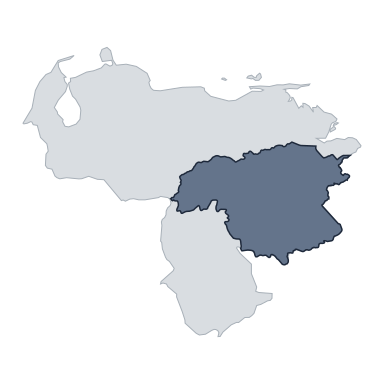 where Bolívar sits in Venezuela
{"feature_id": "VEN-39", "entity_name": "Bolívar", "entity_type": "State", "adm_level": 1, "iso_a3": "VEN", "parent_name": "Venezuela", "parent_adm1": "", "projection": "mercator", "projection_center": [-63.762, 6.004], "detail": "fine", "context": "in_parent", "style": "filled", "palette": "slate", "viewbox_px": 384, "rotation_deg": 0, "n_neighbors": 0, "source": "natural_earth", "source_scale": "10m", "svg_char_len": 9634}
<svg xmlns="http://www.w3.org/2000/svg" viewBox="0 0 384 384"><path d="M356.3,139.5L361.0,145.7L360.5,147.1L357.6,148.5L355.9,152.0L352.3,153.5L347.3,157.7L343.9,158.1L338.8,165.1L341.6,170.5L340.9,173.3L342.2,174.6L348.1,174.8L348.7,176.2L348.0,178.5L346.9,179.9L338.8,184.4L335.0,183.9L333.3,185.3L328.2,186.2L326.7,188.9L328.0,192.5L328.6,198.3L322.0,205.2L338.2,223.7L340.0,224.7L341.7,228.9L341.1,231.5L338.2,234.4L334.1,236.6L331.7,240.4L329.2,241.2L324.8,240.9L322.6,243.0L319.8,243.8L318.0,246.6L303.0,251.4L296.6,249.9L289.0,253.4L287.7,262.0L285.4,264.0L282.6,264.0L273.4,255.2L268.7,256.5L265.6,255.3L256.4,255.6L252.1,250.6L242.5,250.3L238.9,247.0L237.2,246.9L236.5,248.0L240.2,253.5L251.4,264.1L251.4,273.7L256.7,287.0L255.7,291.3L258.8,292.5L272.1,293.5L272.0,298.3L270.3,300.4L267.6,300.8L260.8,304.4L256.7,305.5L254.0,313.3L251.8,315.6L249.3,317.4L244.8,317.5L238.6,322.5L236.5,322.4L231.3,324.8L222.9,332.1L220.1,336.5L218.0,336.6L218.9,332.7L217.8,330.6L215.8,329.5L214.0,329.4L211.7,330.4L205.5,334.2L199.4,335.0L196.2,333.3L185.1,323.2L184.9,319.9L182.3,311.8L176.6,296.9L176.7,294.1L167.8,286.6L166.5,284.0L162.9,283.0L160.5,284.0L161.1,281.5L173.2,270.8L174.2,268.4L169.5,261.5L166.9,259.6L165.5,257.2L162.4,248.9L161.7,242.4L160.6,241.1L161.9,225.5L161.4,222.0L162.3,219.4L164.6,217.6L166.0,214.8L166.2,211.0L167.6,207.9L170.2,205.5L171.0,203.1L170.0,199.2L167.8,197.6L160.5,196.4L158.5,197.6L145.2,199.8L138.6,199.8L133.6,198.7L129.8,199.1L125.4,201.2L123.1,200.0L121.4,200.6L103.9,179.7L97.4,179.3L88.7,176.3L81.8,178.7L78.9,178.9L66.6,177.7L59.8,178.8L57.0,177.7L55.0,176.1L52.0,169.2L47.3,168.1L45.4,165.4L46.0,154.2L48.2,151.2L47.4,146.1L46.8,143.7L40.5,137.5L37.3,125.4L33.2,124.7L32.0,122.1L30.7,121.6L27.4,123.2L23.8,123.9L23.0,123.2L32.0,108.2L35.4,90.4L39.9,81.6L46.0,74.5L50.9,72.4L58.2,60.5L74.1,55.5L69.9,59.1L60.4,61.5L58.2,62.9L58.5,66.9L61.3,72.6L66.1,77.1L63.9,77.6L64.9,81.6L67.2,84.4L67.3,86.1L65.5,91.6L58.3,100.1L54.3,107.5L57.3,111.9L57.7,114.1L63.1,119.6L62.6,121.8L65.0,126.3L68.7,126.9L76.1,124.1L80.0,119.3L80.8,110.3L80.1,107.0L75.6,99.2L72.5,96.1L69.8,89.3L68.5,83.1L70.6,81.6L70.4,78.3L75.5,77.4L86.6,72.1L93.5,70.8L101.3,67.9L104.7,64.2L105.9,63.9L109.9,66.1L112.0,65.4L112.8,63.6L111.6,60.3L102.3,61.5L99.9,54.9L102.0,49.4L107.0,47.4L110.6,50.6L113.0,60.2L116.3,65.2L126.2,64.2L136.3,66.4L147.1,73.3L150.2,80.5L148.9,82.3L149.6,85.3L151.2,88.4L153.5,90.3L160.2,90.8L182.3,87.3L200.8,86.8L204.3,88.2L204.7,90.8L210.7,96.3L228.7,101.0L235.7,100.3L252.2,91.2L261.0,91.4L263.6,90.0L260.3,88.7L252.9,88.1L250.7,89.1L249.4,86.7L260.0,86.0L269.5,86.5L277.1,84.8L283.2,84.9L289.3,83.8L300.8,85.1L309.8,84.0L308.8,85.5L301.0,86.7L297.3,88.9L289.5,88.5L284.0,89.3L285.8,90.0L285.8,92.2L287.3,92.7L289.7,95.5L290.3,97.8L288.3,101.4L290.6,101.0L291.8,99.9L291.8,97.3L293.1,97.7L298.8,108.3L301.3,105.8L303.0,107.3L302.9,103.3L304.9,103.5L309.1,106.1L313.4,112.2L312.7,107.5L316.2,107.5L317.1,105.5L324.1,112.1L331.5,114.1L337.0,119.0L335.8,121.5L332.5,122.7L331.2,124.2L328.7,132.1L325.6,138.2L316.3,138.3L324.2,143.0L327.0,141.1L330.9,140.9L336.8,138.4L344.7,139.6L348.3,137.5L352.6,137.8L356.3,139.5ZM260.6,74.1L261.4,77.4L258.9,80.3L255.5,80.4L252.9,78.5L251.4,78.9L246.8,77.9L248.2,76.1L251.6,75.2L254.1,77.3L256.2,77.4L256.7,75.7L259.6,73.2L260.6,74.1ZM335.2,129.4L330.3,132.0L330.1,129.5L333.9,126.4L335.6,128.2L335.2,129.4ZM226.6,79.8L225.3,80.4L221.6,79.0L222.4,78.1L224.4,78.1L226.6,79.8ZM336.3,124.6L333.3,125.5L334.1,123.6L337.2,122.6L338.4,123.0L336.3,124.6Z" fill="#d9dde1" stroke="#a8b0b8" stroke-width="1"/><path d="M350.1,155.4L348.2,156.8L348.0,157.4L347.4,157.8L346.3,157.9L344.2,157.9L343.6,158.1L343.3,158.4L342.8,159.4L342.1,160.3L342.2,161.2L341.8,161.9L341.8,162.3L341.7,162.6L341.5,162.8L341.1,162.7L341.0,162.8L340.0,164.3L338.9,164.7L338.5,165.3L338.7,166.1L339.3,167.2L339.9,167.4L340.3,167.6L340.4,167.8L340.3,168.3L340.4,168.5L341.1,168.9L341.7,170.3L341.7,170.9L341.0,171.6L340.7,172.3L340.7,173.0L341.1,173.8L343.1,175.4L343.4,175.4L344.0,174.4L344.4,174.0L344.9,173.8L345.5,173.8L346.4,174.3L347.5,174.2L349.3,175.5L349.5,175.9L349.5,176.3L349.2,177.2L348.9,177.6L347.8,178.4L347.6,178.9L347.3,180.1L346.9,179.9L346.2,180.0L343.1,182.0L340.8,182.6L340.4,183.0L339.3,184.4L338.7,184.6L338.4,184.5L337.5,183.9L336.9,183.7L335.8,183.9L335.5,183.8L335.0,183.4L334.1,183.2L334.0,183.3L334.0,183.6L334.3,183.9L334.3,184.4L333.4,185.3L332.9,185.4L331.8,185.2L331.3,185.6L330.3,185.4L330.0,185.8L329.0,185.6L328.5,185.7L327.5,186.9L327.0,187.8L326.7,188.7L326.5,189.6L326.6,190.1L327.5,190.9L328.0,192.0L328.3,192.6L328.3,193.0L327.9,193.9L327.8,195.1L328.1,196.3L328.6,196.6L328.9,197.1L328.8,199.0L327.8,199.1L327.4,199.4L326.9,200.4L326.6,200.5L325.4,200.8L325.1,201.0L324.5,202.2L323.3,204.0L322.1,204.8L321.9,205.1L322.3,206.1L338.3,223.7L339.0,223.8L339.7,224.1L340.2,224.5L341.8,228.9L342.0,230.0L341.5,231.3L339.8,233.3L338.8,234.2L337.7,234.9L335.3,236.0L334.4,236.1L334.2,236.3L333.5,237.9L333.1,239.5L332.4,240.4L331.5,240.8L329.4,241.1L327.6,241.5L325.8,240.9L324.4,240.7L323.9,240.8L323.7,241.1L324.4,242.1L324.5,242.6L324.1,243.0L323.5,243.2L322.3,243.4L320.3,243.3L319.3,243.8L318.9,244.4L318.7,246.4L318.6,246.7L318.3,247.2L317.6,247.6L316.8,247.5L315.8,247.8L314.8,247.5L313.4,247.5L312.3,248.0L311.0,249.4L310.1,249.9L309.1,250.2L308.5,250.2L307.1,249.7L305.9,249.8L304.0,251.2L303.0,251.6L302.0,251.4L297.2,249.5L296.1,249.2L295.3,249.4L295.1,250.0L294.7,250.3L293.4,250.7L293.2,251.0L293.1,251.9L292.8,252.9L292.1,253.1L290.1,252.7L288.2,253.0L287.7,253.3L287.6,253.7L287.7,254.7L287.1,256.3L287.2,257.0L287.6,257.6L287.7,258.3L288.1,259.2L288.3,260.3L288.3,261.3L288.1,262.3L287.2,263.7L286.9,263.9L286.3,263.9L285.1,264.7L284.6,264.8L283.6,264.7L283.1,264.6L281.9,263.9L281.2,262.9L278.6,259.8L277.0,258.7L275.6,256.7L274.7,255.8L273.1,254.9L272.1,254.5L271.2,254.6L270.7,255.3L270.5,256.3L270.1,257.1L269.1,257.5L268.0,256.9L266.3,255.4L265.1,255.2L263.2,255.6L262.6,255.6L261.1,255.1L260.0,255.1L259.0,255.6L257.0,256.8L255.9,256.8L255.3,256.0L254.9,255.0L254.5,253.2L253.8,251.6L253.2,251.1L252.6,250.7L250.9,250.3L247.8,250.0L242.2,250.8L241.7,250.7L240.7,248.6L241.2,246.6L241.2,245.6L241.0,244.7L240.7,241.4L240.4,240.3L240.2,239.8L239.9,239.4L239.4,239.1L238.5,239.0L236.2,238.9L233.4,238.2L229.8,233.8L229.1,232.3L228.2,230.9L227.3,228.8L226.4,225.2L225.3,224.0L224.9,223.1L224.7,222.5L225.1,221.8L225.7,221.6L227.3,221.6L227.9,221.4L228.6,220.9L229.0,219.9L228.9,219.3L227.5,218.2L227.3,217.9L227.5,217.5L228.3,216.9L228.6,216.2L228.5,215.6L228.3,215.3L225.9,213.4L225.6,213.0L225.3,212.2L225.3,211.8L226.3,210.7L226.4,210.1L226.3,209.8L226.0,209.5L225.3,209.4L221.0,209.3L220.1,209.6L219.3,210.4L218.5,211.3L218.1,211.5L217.4,211.5L216.9,211.2L216.7,210.8L216.0,209.0L216.0,207.3L216.2,206.0L216.7,205.1L217.4,201.7L217.4,201.0L217.2,200.6L216.6,200.2L216.1,200.0L212.9,200.1L212.4,200.3L211.3,200.9L210.5,202.8L207.8,207.4L207.5,208.5L207.1,208.8L206.3,209.2L203.9,209.1L203.5,209.2L202.1,210.2L201.3,210.5L200.9,210.4L200.6,210.2L200.1,209.2L199.5,206.5L199.0,205.8L198.8,205.6L198.4,205.6L195.3,208.2L193.6,209.9L193.1,210.1L189.6,211.2L186.5,211.4L184.9,211.9L182.7,213.1L182.0,213.3L181.4,213.2L181.1,212.9L180.6,211.4L180.1,210.9L179.7,210.7L179.1,210.8L177.7,211.1L177.1,211.0L176.9,210.6L176.8,210.1L176.9,209.2L178.3,205.9L178.4,205.3L178.3,203.4L177.9,201.8L177.5,201.2L177.1,200.9L175.5,200.9L174.8,200.8L174.0,200.2L173.7,200.0L172.9,200.6L172.4,200.7L171.9,200.4L171.4,199.4L170.6,198.8L171.1,198.4L171.7,197.7L172.0,197.5L173.1,197.6L173.6,197.3L173.9,196.8L174.9,194.6L175.9,194.2L176.6,193.5L177.7,192.9L178.5,192.2L178.7,191.7L178.3,190.4L178.8,187.7L179.4,186.1L179.8,185.5L180.7,184.7L180.9,184.0L180.9,183.0L180.8,182.5L180.4,182.3L181.1,180.8L181.1,180.2L180.4,179.1L180.0,178.0L179.7,176.9L180.1,176.2L182.1,174.6L183.2,174.5L183.7,174.3L184.6,173.5L185.8,173.1L187.1,172.0L187.7,171.8L188.9,171.6L189.7,171.0L190.1,170.8L191.1,170.7L191.6,170.4L192.1,170.0L193.6,167.8L194.0,166.8L194.9,165.9L196.3,163.5L197.7,162.5L198.4,162.2L199.0,162.2L201.1,162.6L201.6,162.4L202.6,161.8L203.7,161.3L204.9,161.4L207.4,161.7L208.0,161.7L208.5,161.5L211.1,159.5L212.3,157.9L212.7,157.4L215.7,155.9L217.0,155.7L218.4,155.9L220.1,156.7L220.8,156.9L224.3,156.5L225.0,156.5L227.1,157.3L228.6,157.4L229.3,157.6L230.7,158.3L232.0,159.2L233.5,160.5L234.2,160.8L235.1,161.8L235.5,162.0L236.0,161.9L236.4,161.8L237.9,160.9L239.3,160.3L241.0,159.1L241.4,159.1L243.1,159.3L243.8,159.1L244.5,158.7L244.9,158.1L244.9,157.3L244.4,156.8L243.3,156.0L243.1,155.3L243.5,153.8L243.8,153.5L244.2,153.4L245.7,153.6L248.1,153.2L248.4,153.0L248.6,152.7L249.1,151.7L249.8,151.3L250.6,151.3L251.1,151.6L252.7,153.1L253.3,153.5L253.4,154.0L253.8,154.2L254.2,154.2L255.2,153.9L256.8,154.2L257.6,154.2L258.1,153.9L258.6,153.3L259.7,152.9L260.0,152.7L260.9,150.6L261.2,150.3L261.6,150.1L262.9,150.3L263.6,150.0L264.8,149.4L265.2,149.4L266.5,149.7L268.2,149.6L269.6,149.7L270.0,149.6L270.7,149.1L271.5,148.0L271.9,147.8L272.3,147.7L273.6,148.0L274.1,147.7L275.1,146.5L275.6,146.2L276.2,145.9L277.5,145.5L278.7,145.3L280.0,145.3L282.4,145.6L282.8,146.2L283.4,146.6L284.2,146.6L284.9,146.5L286.0,145.8L286.6,144.7L287.6,143.9L287.9,143.8L288.8,143.9L289.4,143.8L291.9,142.1L299.0,145.0L300.7,145.5L315.9,146.1L315.7,148.1L315.8,148.7L316.6,150.4L322.0,156.5L322.9,157.3L323.8,157.9L325.7,157.4L326.6,157.1L327.3,156.6L327.8,156.4L328.5,156.0L329.5,156.0L330.1,155.7L331.3,154.8L332.5,154.7L332.9,154.9L336.9,159.5L337.2,159.6L337.6,159.4L339.1,158.0L341.8,156.2L342.5,155.9L343.2,155.5L350.1,155.4Z" fill="#64748b" stroke="#1e293b" stroke-width="1.5"/></svg>